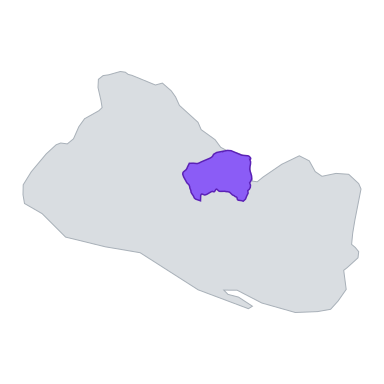 location of Cabañas within El Salvador
{"feature_id": "SLV-1344", "entity_name": "Cabañas", "entity_type": "Department", "adm_level": 1, "iso_a3": "SLV", "parent_name": "El Salvador", "parent_adm1": "", "projection": "equal_earth", "projection_center": [-88.722, 13.882], "detail": "fine", "context": "in_parent", "style": "filled", "palette": "violet", "viewbox_px": 384, "rotation_deg": 0, "n_neighbors": 0, "source": "natural_earth", "source_scale": "10m", "svg_char_len": 2409}
<svg xmlns="http://www.w3.org/2000/svg" viewBox="0 0 384 384"><path d="M128.2,74.4L131.8,75.3L155.4,85.0L162.4,83.1L171.3,90.9L175.6,97.0L179.4,105.4L198.0,122.3L201.2,129.7L215.1,139.7L220.7,147.3L226.6,150.5L238.3,153.4L248.3,157.4L249.4,160.2L250.4,171.6L252.5,181.1L257.2,181.8L263.0,177.1L281.7,164.3L299.3,155.8L309.3,160.9L315.2,171.6L322.0,176.3L336.0,173.4L348.7,174.3L358.7,183.6L361.0,189.0L354.9,220.0L352.7,233.2L351.6,244.4L355.2,247.4L358.7,251.7L358.0,257.8L347.1,267.7L343.7,270.3L346.2,289.4L338.1,301.0L330.6,309.3L317.5,311.6L295.3,312.5L261.8,303.0L237.1,290.2L223.8,290.1L228.0,294.4L238.5,297.1L252.4,306.2L248.4,308.7L198.1,289.8L140.1,252.7L105.3,246.8L65.6,237.1L42.2,213.7L24.5,203.5L23.0,194.7L23.2,184.8L31.3,171.7L46.2,153.9L56.1,144.8L60.7,143.0L67.3,143.9L73.5,138.8L78.9,126.6L84.6,118.7L98.9,110.7L102.1,107.6L101.0,100.7L98.0,87.5L98.4,79.3L103.1,75.6L108.7,74.8L120.3,71.5L125.3,72.2L128.2,74.4Z" fill="#d9dde1" stroke="#a8b0b8" stroke-width="1"/><path d="M223.1,151.2L223.1,151.5L223.9,151.1L227.5,150.4L231.1,150.7L241.8,155.2L248.1,155.8L249.4,156.5L250.7,158.2L250.6,158.8L250.5,159.2L250.4,159.3L249.7,159.3L249.9,159.8L250.6,161.8L250.5,164.1L250.0,166.4L249.7,169.2L250.1,171.0L251.6,176.0L251.7,179.0L250.5,181.7L250.2,182.0L249.6,182.8L250.5,185.1L250.3,187.4L249.3,189.3L247.8,190.6L248.1,193.2L246.8,195.8L245.5,199.1L243.2,201.2L241.8,200.7L238.3,200.2L237.8,199.9L237.5,199.6L237.3,199.2L237.2,198.7L237.0,197.7L236.8,197.3L236.4,197.0L235.4,196.7L235.1,196.5L234.2,195.7L232.6,195.0L232.3,194.8L229.7,192.3L229.4,192.1L227.8,191.7L225.9,191.6L225.0,191.3L220.5,191.4L219.4,191.3L218.8,191.0L216.7,189.1L216.3,189.2L215.8,189.5L215.1,190.7L214.6,191.4L214.1,191.8L213.3,191.7L212.3,191.4L211.3,191.7L206.9,194.3L205.6,194.8L204.6,195.0L203.1,194.4L202.3,194.1L201.4,194.1L201.0,194.8L200.7,195.4L200.5,200.8L195.6,199.1L194.4,198.1L194.2,197.7L193.3,195.8L192.0,193.9L191.4,192.9L191.0,192.1L190.9,190.8L190.7,190.1L190.0,188.5L189.8,187.7L189.7,186.8L189.2,185.3L188.5,184.3L187.3,183.3L186.5,182.1L183.7,177.0L183.1,175.3L182.7,174.1L182.8,173.6L182.9,173.0L183.0,172.6L183.2,172.2L183.5,171.9L183.8,171.6L185.6,170.1L186.2,169.6L186.6,168.9L187.1,168.1L187.2,167.6L189.3,163.3L193.5,163.2L197.2,163.6L199.1,163.0L201.2,161.9L209.9,158.2L211.6,157.2L212.6,156.2L213.6,154.3L216.6,152.5L223.1,151.2Z" fill="#8b5cf6" stroke="#5b21b6" stroke-width="1.5"/></svg>